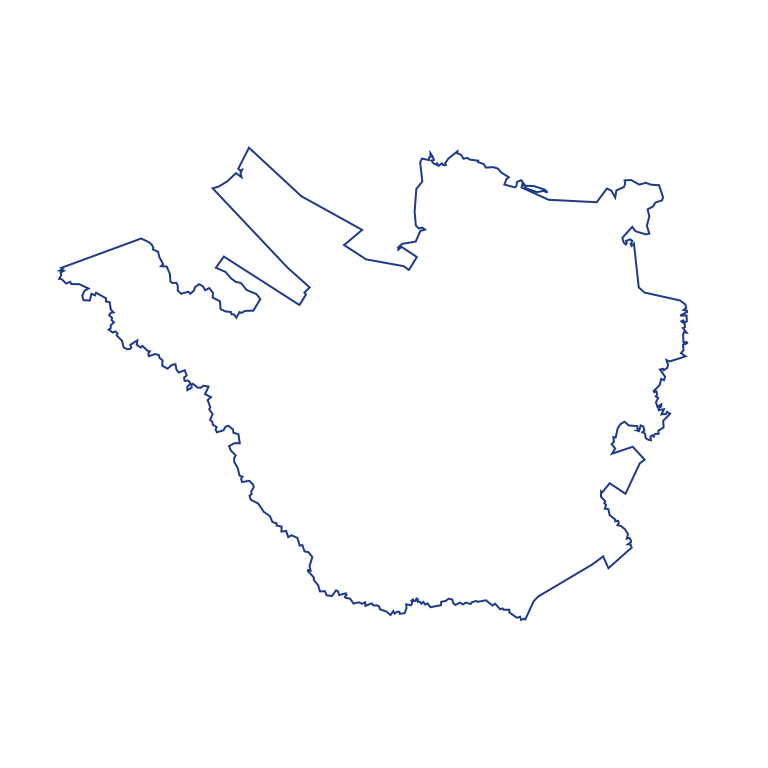 outline of Acatlán de Pérez Figueroa, Oaxaca, Mexico, rotated 173°
{"feature_id": "50627088B62934424626213", "entity_name": "Acatlán de Pérez Figueroa", "entity_type": "district", "adm_level": 2, "iso_a3": "MEX", "parent_name": "Mexico", "parent_adm1": "Oaxaca", "projection": "albers", "projection_center": [-96.481, 18.451], "detail": "fine", "context": "isolated", "style": "outline", "palette": "blue", "viewbox_px": 768, "rotation_deg": 173, "n_neighbors": 0, "source": "geoboundaries", "source_scale": "gbopen_adm2", "svg_char_len": 6120}
<svg xmlns="http://www.w3.org/2000/svg" viewBox="0 0 768 768"><g transform="rotate(173 384 384)"><path d="M690.2,538.6L688.7,537.4L692.0,536.1L688.4,535.2L691.4,533.9L691.1,531.3L693.6,528.0L691.1,527.3L687.3,522.5L683.0,523.6L682.1,521.3L674.3,520.2L665.6,514.8L669.9,513.1L672.7,508.4L672.1,503.8L665.9,502.7L663.3,509.2L660.1,507.2L658.7,509.7L649.4,502.9L650.0,499.8L646.3,498.6L646.1,491.2L643.7,488.1L646.4,487.9L648.5,485.9L645.8,482.7L646.6,480.6L644.6,478.1L648.0,475.7L648.5,472.5L650.7,471.6L647.0,468.1L644.3,468.9L642.3,466.7L643.4,464.8L638.7,458.7L638.0,452.1L634.9,449.9L632.0,449.7L630.4,450.9L631.0,453.8L623.5,457.4L624.6,453.1L621.1,449.9L619.1,451.2L614.6,445.8L612.4,445.0L614.3,442.7L614.0,440.3L607.4,441.6L603.9,440.2L603.7,437.4L600.9,434.5L601.9,429.4L600.7,428.2L596.9,425.6L592.1,428.9L588.6,429.1L588.3,423.7L586.4,420.4L580.1,422.0L578.8,416.5L581.6,414.8L581.6,411.4L577.6,411.2L576.1,408.1L579.6,405.2L579.9,401.9L575.4,403.7L575.3,406.4L573.7,407.5L569.2,403.0L566.1,402.6L563.6,404.3L558.4,402.8L562.9,395.7L557.4,392.1L561.0,389.5L559.2,382.1L560.6,380.3L557.8,375.0L561.0,369.7L558.9,367.1L559.0,364.6L555.3,361.6L556.7,359.3L555.8,356.4L549.0,357.6L546.4,361.0L543.5,361.5L539.4,357.3L539.4,353.9L534.6,352.0L534.4,342.7L539.6,343.5L545.4,341.2L544.1,336.6L539.9,331.3L541.9,328.5L542.1,325.0L539.4,318.3L538.6,310.8L535.8,309.1L537.4,307.4L536.9,304.0L529.4,304.3L526.0,299.8L526.0,297.1L529.0,293.4L528.7,291.0L531.1,289.5L530.3,285.4L523.5,280.7L518.9,271.8L513.2,266.5L511.6,260.6L507.6,258.8L507.8,256.6L503.0,255.0L503.8,250.0L499.1,250.1L497.7,243.7L494.2,245.1L488.7,241.8L487.4,233.9L484.7,234.1L483.3,227.6L479.4,226.2L476.2,220.9L480.1,212.4L479.6,207.7L481.9,208.7L482.4,207.8L477.2,200.5L477.6,198.3L473.9,192.2L472.8,185.9L467.9,185.6L466.7,181.3L461.4,179.9L456.9,185.0L455.1,184.2L454.2,180.0L447.4,180.9L446.8,179.3L448.8,177.7L448.3,176.5L443.9,175.1L441.0,169.8L435.5,170.4L432.5,168.5L429.3,169.6L429.5,166.1L423.0,167.7L421.4,165.4L417.6,165.1L415.8,163.5L415.6,161.0L409.3,157.8L405.7,153.9L402.5,157.5L401.5,154.8L398.5,156.4L396.6,156.0L396.3,154.0L391.5,154.0L389.0,158.6L388.8,162.6L384.0,161.1L382.4,164.3L383.2,165.6L381.4,166.6L381.0,165.0L379.1,164.9L377.9,167.1L376.8,166.5L377.0,163.7L374.9,163.5L373.7,161.4L371.5,162.9L369.9,160.0L367.6,161.0L365.1,156.8L354.3,157.5L353.8,160.8L349.1,161.2L346.0,163.1L342.5,161.7L342.0,158.1L340.1,156.0L335.3,157.8L332.6,155.6L329.3,157.0L324.8,155.1L323.1,156.8L319.0,157.4L317.5,156.4L309.2,156.9L303.2,150.8L300.5,152.4L296.1,146.3L293.7,146.8L292.7,145.3L287.2,144.7L287.5,142.1L280.6,135.8L277.3,136.4L276.7,133.1L274.1,134.0L272.5,133.0L261.9,150.2L256.8,154.3L199.3,179.5L187.5,186.2L183.7,173.8L158.1,191.5L158.9,194.7L161.4,195.2L158.2,196.9L157.9,198.4L159.1,201.3L161.8,200.9L160.1,205.4L162.6,210.5L166.2,214.3L169.5,215.4L167.8,217.7L168.3,219.6L171.3,219.6L170.9,221.2L176.1,226.4L176.5,232.4L180.0,233.3L178.3,237.0L179.9,238.9L178.7,240.6L182.4,245.7L181.6,251.0L180.6,249.9L172.1,258.0L157.7,245.6L139.7,274.2L134.5,277.1L144.8,291.4L166.1,287.0L162.4,291.8L165.4,296.6L162.8,298.6L162.8,303.4L160.6,302.6L157.5,311.4L154.3,315.3L149.9,317.3L146.0,313.0L137.7,311.3L137.7,307.2L138.7,307.1L136.7,306.1L134.3,311.6L131.9,310.4L131.2,306.0L133.5,304.7L131.0,302.9L130.8,298.3L128.5,296.5L125.9,295.6L126.1,299.1L124.0,300.4L122.0,298.0L123.0,299.8L121.0,301.4L117.5,301.1L117.3,304.3L111.8,306.8L111.4,313.4L103.7,319.6L106.5,321.9L107.8,319.8L112.3,320.0L109.2,324.9L114.5,324.5L114.4,326.5L111.6,327.9L111.3,330.0L115.4,328.0L116.3,332.8L113.5,336.8L115.8,338.6L114.3,340.0L114.5,343.5L116.8,343.0L117.2,344.2L110.5,349.3L108.3,355.2L105.7,353.7L104.1,356.9L108.3,364.7L105.3,365.1L104.8,363.6L101.1,365.3L99.7,368.3L100.8,373.3L97.4,371.6L81.2,374.7L85.5,378.5L82.6,381.0L82.5,386.3L78.2,387.6L78.6,388.8L81.7,388.7L81.1,396.7L80.0,398.9L77.5,398.1L80.5,403.1L78.4,403.7L78.2,406.9L81.2,410.0L79.2,410.7L78.1,408.4L75.8,409.3L75.3,415.1L81.7,415.8L74.4,418.5L74.4,419.7L77.6,421.0L74.8,422.5L75.2,426.3L80.2,430.9L114.2,443.0L119.4,448.8L118.8,492.9L121.4,490.9L122.1,492.8L120.0,495.7L121.8,497.5L126.3,496.6L125.9,494.1L127.0,493.0L128.9,495.3L129.6,500.0L118.5,509.7L115.8,505.0L105.9,500.6L102.3,500.9L103.8,509.0L100.2,518.1L101.1,525.2L95.2,527.5L92.6,531.0L85.6,532.4L84.3,535.4L86.8,547.8L94.5,549.2L99.7,551.8L106.3,550.8L113.8,556.3L118.4,556.7L120.4,556.7L120.2,553.4L121.8,550.3L129.7,547.9L131.8,540.9L134.8,548.3L139.0,550.8L150.7,538.5L198.2,546.8L223.5,562.3L222.0,566.3L218.9,560.8L208.6,555.8L202.4,556.2L198.3,554.1L200.8,557.4L211.5,562.3L219.6,563.5L223.0,569.6L227.2,568.4L228.7,564.0L230.4,563.3L240.2,567.3L237.6,572.2L234.9,574.0L242.0,579.8L244.5,583.8L249.1,585.9L256.6,586.4L258.1,590.0L263.8,593.0L263.3,594.2L271.3,596.2L273.9,598.3L277.6,597.9L279.6,602.1L283.2,604.1L282.8,606.0L292.8,599.8L296.4,595.5L296.0,593.9L298.5,594.0L299.6,595.9L303.2,593.9L304.4,596.5L305.4,595.2L308.3,597.4L309.7,600.0L307.3,600.4L307.5,602.5L309.8,607.5L310.2,603.6L311.6,603.3L312.1,600.8L318.8,603.1L321.1,599.7L321.3,580.3L328.2,573.5L332.6,551.3L333.1,537.4L330.4,534.1L327.1,534.6L324.6,532.3L329.3,531.4L335.2,521.5L348.8,520.9L353.4,517.8L353.4,515.6L349.9,518.0L335.9,506.0L345.4,494.2L350.0,498.5L386.6,509.9L406.7,526.8L386.9,539.6L443.2,580.5L489.2,635.0L502.5,615.3L500.9,613.7L501.7,613.3L498.7,614.0L500.7,610.7L500.2,606.7L505.3,611.3L514.6,604.4L524.0,600.1L530.2,599.1L465.6,511.3L446.0,488.9L451.9,484.5L450.6,482.2L458.3,472.7L527.4,530.0L536.7,519.9L527.6,514.5L522.8,507.3L518.6,503.4L513.7,501.7L509.0,494.1L499.6,488.7L496.4,483.3L504.8,472.7L512.8,473.5L516.9,471.9L518.6,473.0L522.5,467.8L524.3,471.3L526.8,471.7L527.2,474.2L532.4,475.3L537.1,478.2L536.7,486.1L543.5,490.7L542.6,495.2L545.7,500.5L550.1,498.9L551.9,503.1L555.4,505.6L559.7,503.2L561.4,499.7L565.2,497.2L567.0,499.4L574.4,498.3L577.3,501.9L576.7,506.4L577.7,509.7L581.5,509.9L583.5,511.7L583.1,519.3L585.3,527.0L590.9,528.1L588.6,529.9L591.5,537.2L592.1,542.7L597.0,545.7L596.3,547.2L597.4,550.4L599.7,553.2L607.3,558.0L690.2,538.6Z" fill="none" stroke="#1e3a8a" stroke-width="2"/></g></svg>